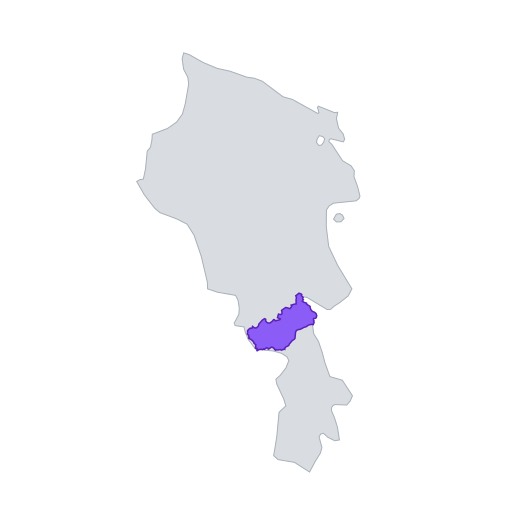 Vayk, Vayots Dzor, Armenia shown in context, rotated 30°
{"feature_id": "60910142B90303504942673", "entity_name": "Vayk", "entity_type": "district", "adm_level": 2, "iso_a3": "ARM", "parent_name": "Armenia", "parent_adm1": "Vayots Dzor", "projection": "mercator", "projection_center": [45.554, 39.753], "detail": "fine", "context": "in_parent", "style": "filled", "palette": "violet", "viewbox_px": 512, "rotation_deg": 30, "n_neighbors": 0, "source": "geoboundaries", "source_scale": "gbopen_adm2", "svg_char_len": 6525}
<svg xmlns="http://www.w3.org/2000/svg" viewBox="0 0 512 512"><g transform="rotate(30 256 256)"><path d="M230.5,308.7L226.9,302.9L208.8,283.7L192.0,269.0L180.5,262.9L168.9,263.5L150.9,266.5L144.2,265.2L128.6,258.8L115.4,251.1L117.2,248.0L120.0,245.7L116.7,235.7L109.4,219.6L110.2,214.6L107.9,207.7L105.3,202.4L115.6,189.8L120.3,179.7L121.3,169.8L118.6,159.5L111.8,140.9L107.7,135.4L99.9,130.4L93.4,122.1L91.8,116.2L97.3,115.0L113.2,114.9L128.7,112.9L140.8,109.0L158.4,105.8L165.6,102.9L174.0,101.5L199.7,104.6L209.3,102.2L238.2,101.7L238.9,100.5L235.0,96.6L235.0,95.1L252.2,92.6L254.9,90.7L257.1,97.0L263.6,104.0L270.6,106.8L274.4,110.6L274.6,113.5L262.1,117.1L261.3,118.8L262.1,120.6L265.8,121.4L283.3,130.2L293.3,130.4L298.5,133.0L301.1,138.2L309.5,145.3L316.1,152.2L316.5,154.6L315.2,158.1L296.7,171.5L294.3,176.1L294.0,181.0L302.2,195.5L314.2,211.4L331.6,223.4L355.5,236.5L355.8,244.5L352.0,254.1L348.7,260.6L347.3,265.0L344.3,266.8L320.5,266.4L317.0,268.0L315.4,269.9L315.3,271.4L323.9,274.4L337.2,284.6L344.9,294.5L352.9,298.8L361.9,306.7L369.1,314.0L380.3,323.5L392.8,320.4L409.4,328.8L410.1,334.6L409.1,339.7L398.6,345.2L397.3,347.6L397.3,349.5L398.7,352.2L404.8,356.8L412.1,363.5L420.2,373.6L416.6,376.6L409.0,377.1L403.1,375.8L401.0,377.9L401.1,381.2L408.8,388.8L410.3,394.4L410.0,404.1L410.4,416.3L392.4,415.5L376.9,421.3L371.1,420.1L367.3,409.8L364.0,401.4L354.1,379.8L356.8,370.9L351.3,365.8L338.1,356.6L334.8,352.7L336.6,347.5L337.9,337.9L336.7,330.1L333.1,327.8L326.5,327.6L318.5,329.6L302.4,337.0L291.3,332.3L284.8,327.4L281.1,323.4L272.8,326.7L270.7,325.1L270.3,315.1L267.7,309.7L262.7,303.4L258.0,300.3L240.9,306.6L230.5,308.7ZM257.2,127.3L257.7,123.6L256.9,120.2L254.1,119.2L250.7,120.1L250.4,123.8L251.5,127.3L254.9,128.9L257.2,127.3ZM312.4,184.0L308.5,186.3L304.7,185.3L304.7,179.6L307.4,177.3L310.5,177.4L313.5,179.5L312.4,184.0Z" fill="#d9dde1" stroke="#a8b0b8" stroke-width="1"/><path d="M311.8,266.7L311.6,267.3L310.5,270.1L310.3,270.5L311.9,271.9L312.4,273.6L314.7,277.4L313.0,278.8L311.0,281.0L312.1,281.7L311.7,284.7L309.3,285.1L307.4,285.8L305.3,290.3L306.9,292.1L307.4,293.4L306.4,294.5L304.5,295.1L305.4,298.7L308.5,298.3L308.5,299.2L306.9,300.9L304.9,302.6L303.9,301.9L303.0,302.3L302.8,304.3L301.4,307.3L299.3,308.2L297.0,307.6L296.0,305.9L294.7,306.0L293.5,308.5L292.5,313.5L293.1,315.7L292.3,318.0L290.8,319.0L288.2,318.7L288.7,320.5L287.0,321.5L287.0,321.8L286.9,322.2L286.7,322.5L286.3,323.1L286.3,323.3L286.3,323.6L286.4,323.9L286.4,324.1L286.2,324.3L286.0,324.5L286.0,324.8L286.1,325.2L286.3,325.5L286.6,325.7L286.7,325.9L287.0,326.2L287.0,326.3L287.1,326.6L287.1,326.8L287.1,327.0L287.2,327.3L287.4,327.6L287.6,327.9L287.9,328.1L288.1,328.1L288.5,328.2L288.8,328.2L289.0,328.2L289.2,328.3L289.4,328.5L289.5,328.8L289.7,329.0L290.0,329.3L290.4,329.6L290.6,329.7L290.5,329.9L290.5,330.1L290.5,330.4L290.5,330.6L290.6,330.8L291.1,330.9L291.4,330.9L291.7,330.9L292.0,330.9L292.5,330.8L292.8,330.8L293.0,330.7L293.4,330.8L293.7,330.9L293.9,331.0L294.3,331.0L294.5,330.9L294.8,330.9L295.0,330.9L295.3,331.1L295.5,331.2L295.8,331.3L296.1,331.3L296.5,331.4L296.7,331.5L296.9,331.7L297.0,331.8L297.1,332.0L297.3,332.1L297.5,332.4L298.2,332.4L298.4,332.5L298.6,332.6L298.8,332.7L299.1,332.8L299.3,332.9L299.7,332.9L300.0,333.0L300.3,333.0L300.4,333.3L300.5,333.5L300.5,333.8L300.6,334.0L300.8,334.3L300.9,334.6L301.0,334.7L301.1,334.8L301.3,335.3L301.3,335.5L301.3,335.8L301.4,336.0L301.5,336.1L302.0,336.0L302.4,335.9L302.5,335.9L302.9,335.6L303.1,335.5L303.3,335.6L303.4,335.8L303.5,336.1L303.5,336.3L303.6,336.5L303.9,336.9L304.0,337.2L304.1,337.5L304.3,337.5L304.5,337.4L304.6,337.1L304.8,336.8L304.9,336.5L305.0,336.3L305.1,336.1L305.1,335.9L305.3,335.8L305.5,335.6L305.7,335.3L305.9,335.1L306.0,335.0L306.2,334.8L306.4,334.7L306.6,334.6L306.9,334.5L307.0,334.4L307.3,334.1L307.6,333.9L307.8,333.9L308.0,333.9L308.3,333.8L308.5,333.6L308.8,333.2L308.9,332.8L309.2,332.7L309.4,332.8L309.6,332.8L309.8,332.7L310.1,332.5L310.2,332.2L310.2,331.9L310.4,331.5L310.7,331.1L310.8,330.8L310.7,330.6L310.8,330.4L311.1,330.2L311.5,330.0L311.8,329.9L312.2,329.9L312.5,330.0L312.9,330.4L313.1,330.5L313.2,330.4L313.4,330.3L313.6,330.2L313.8,329.7L313.9,329.3L314.1,329.0L314.2,328.8L314.4,328.4L314.5,328.1L314.6,327.8L314.8,327.5L314.9,327.3L315.1,327.1L315.3,327.0L315.6,327.0L315.9,327.0L316.1,326.9L316.3,326.8L316.6,326.7L316.8,326.8L317.1,327.0L317.4,326.9L317.6,326.9L317.8,326.9L318.0,327.1L318.3,327.2L318.4,327.4L318.6,327.5L318.8,327.6L319.0,327.7L319.3,327.7L319.6,327.8L319.8,327.8L320.0,327.8L320.0,327.5L320.0,327.3L320.0,327.1L320.3,327.0L320.5,327.1L320.8,327.0L321.0,327.0L321.2,326.9L321.4,326.7L321.7,326.5L321.9,326.4L322.2,326.3L322.6,325.9L323.0,325.5L323.1,325.3L323.4,325.1L323.5,325.1L323.8,325.0L323.9,324.9L324.3,324.9L324.7,324.8L325.0,324.8L325.3,324.7L325.5,324.5L325.5,324.3L325.6,324.1L325.7,323.8L326.0,323.6L326.3,323.4L326.5,323.3L326.6,323.2L326.8,322.9L326.8,322.7L327.1,322.5L327.3,322.3L327.5,322.3L327.2,321.7L327.1,320.8L327.4,319.7L328.6,318.0L329.1,317.0L328.9,316.1L328.9,315.2L329.2,313.9L329.5,311.8L330.3,309.8L330.9,308.6L330.9,307.8L328.4,302.3L328.2,301.0L328.4,300.2L328.9,299.1L331.2,297.1L333.3,293.7L334.8,292.2L335.9,289.8L336.9,288.6L338.3,287.5L339.9,286.8L339.8,286.5L339.6,286.1L339.6,285.8L339.7,285.6L339.7,285.4L339.7,285.1L339.5,284.8L339.5,284.5L339.2,284.2L338.7,283.9L338.7,283.6L338.7,283.2L338.3,282.9L338.1,282.8L337.7,282.6L337.5,282.3L337.5,282.1L337.4,281.8L337.2,281.6L337.2,281.4L337.3,281.2L337.9,280.8L338.3,280.5L338.5,280.3L338.8,279.9L338.9,279.5L339.0,279.2L338.9,278.9L338.8,278.6L338.7,278.1L338.6,277.7L338.4,277.3L338.3,277.1L338.0,276.9L337.6,276.6L337.4,276.4L337.0,276.0L336.3,275.7L335.6,275.6L334.9,275.5L334.1,275.5L333.6,275.6L333.0,275.7L332.6,275.7L332.2,275.6L331.9,275.6L331.7,275.6L331.1,275.4L330.8,275.2L330.4,275.0L330.0,274.8L329.7,274.5L329.1,273.9L328.5,273.3L328.2,272.8L328.0,272.6L327.6,272.5L326.9,272.5L325.8,272.5L324.9,272.5L324.3,272.4L324.0,272.4L323.7,272.1L323.6,271.9L323.5,271.6L323.3,271.6L323.0,271.6L322.6,271.7L322.4,271.8L322.1,271.8L321.9,271.9L321.4,271.9L321.1,272.0L320.6,272.2L320.3,272.2L320.0,272.1L319.6,272.0L319.1,271.9L318.7,271.9L318.7,271.5L318.7,271.1L318.8,270.6L318.8,270.1L318.7,270.1L318.4,270.1L318.2,270.0L318.0,269.9L317.8,269.7L317.7,269.4L317.6,269.1L317.6,268.8L317.6,268.6L317.6,268.4L317.5,268.2L316.4,268.0L315.5,267.8L315.1,267.5L315.1,266.9L315.0,266.6L314.5,266.3L313.8,266.3L311.8,266.7Z" fill="#8b5cf6" stroke="#5b21b6" stroke-width="1.5"/></g></svg>